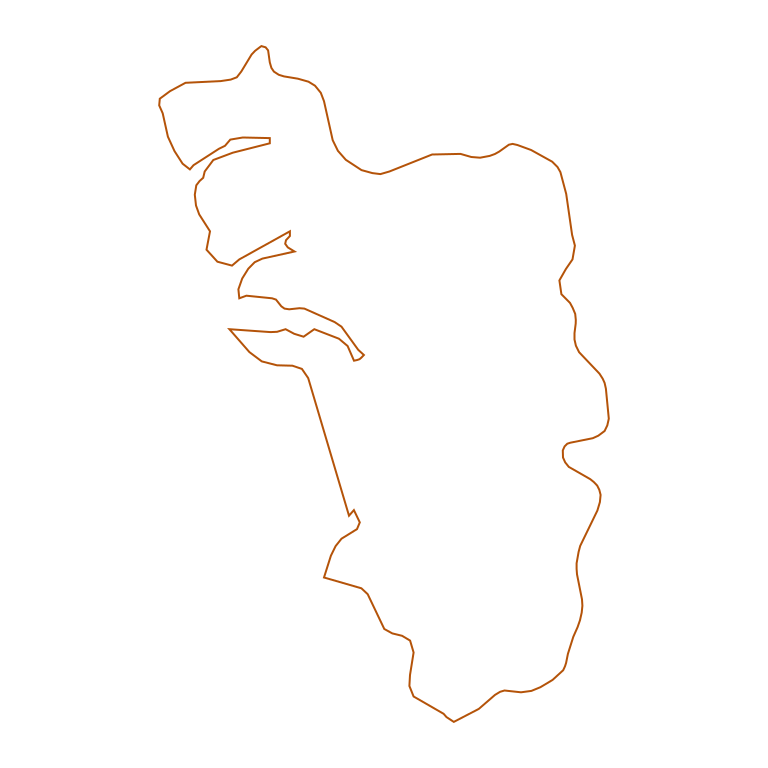 outline of Goa
{"feature_id": "IND-3265", "entity_name": "Goa", "entity_type": "State", "adm_level": 1, "iso_a3": "IND", "parent_name": "India", "parent_adm1": "", "projection": "albers", "projection_center": [74.008, 15.335], "detail": "fine", "context": "isolated", "style": "outline", "palette": "amber", "viewbox_px": 768, "rotation_deg": 0, "n_neighbors": 0, "source": "natural_earth", "source_scale": "10m", "svg_char_len": 2470}
<svg xmlns="http://www.w3.org/2000/svg" viewBox="0 0 768 768"><path d="M453.8,721.9L446.5,717.1L443.6,713.8L413.6,696.5L409.4,686.0L410.0,675.0L413.6,652.5L410.1,640.6L402.1,635.8L392.3,633.4L384.3,629.0L367.7,594.2L361.4,588.3L324.0,577.5L330.9,555.7L335.6,546.1L341.5,538.7L357.0,529.1L359.8,522.4L353.9,510.1L349.0,515.7L308.2,378.1L301.9,368.9L292.4,365.7L277.0,365.3L261.8,361.4L249.4,352.1L229.4,329.2L270.5,332.1L277.1,331.8L285.6,329.2L294.2,333.8L303.6,336.7L314.3,329.2L338.9,338.7L347.6,346.0L354.0,360.7L357.2,360.0L359.5,359.2L361.3,357.7L363.9,355.0L358.2,349.8L341.5,326.7L334.7,322.1L304.4,308.6L299.5,308.2L289.2,309.3L284.5,308.6L281.3,306.3L276.0,299.6L272.1,298.3L246.4,295.7L239.3,298.3L238.4,289.3L242.2,278.5L248.3,268.7L254.7,262.2L262.4,258.6L294.5,251.5L287.8,247.4L285.2,243.8L286.0,240.2L289.9,236.0L289.9,231.3L239.3,259.4L232.0,265.6L217.4,261.7L206.5,249.7L210.0,231.3L199.2,214.4L196.0,205.5L194.8,194.7L196.3,185.3L199.6,181.0L203.2,177.8L204.7,171.5L213.3,160.0L232.8,152.7L269.8,143.3L269.8,138.1L242.8,137.5L230.3,139.6L225.0,145.8L218.9,148.8L193.5,165.2L189.9,169.4L182.6,163.7L174.5,151.1L167.9,136.7L162.7,113.3L159.2,105.4L159.8,98.7L170.1,91.1L185.5,82.8L220.6,81.1L230.7,79.6L236.8,77.3L241.3,71.5L251.6,54.5L255.1,50.8L261.3,46.1L265.6,47.3L268.1,50.4L269.8,62.4L271.4,67.9L273.9,71.6L278.8,74.8L284.0,76.4L297.9,78.7L308.5,81.7L315.0,85.7L320.8,92.8L324.0,101.2L332.7,140.2L337.9,150.8L345.8,159.8L361.5,170.1L372.4,173.1L380.4,174.1L389.4,171.5L432.1,154.5L460.5,153.9L471.3,157.0L480.1,157.7L489.7,155.9L494.9,154.0L499.2,151.6L508.9,144.7L512.6,143.9L517.4,145.0L531.1,150.0L552.2,161.7L557.5,167.0L560.4,172.1L566.2,193.9L572.1,234.9L574.9,245.6L572.5,259.4L565.9,269.0L559.4,280.4L561.4,294.2L570.0,302.9L572.7,307.9L575.2,313.9L575.8,319.9L575.7,323.6L574.5,333.1L574.5,339.5L575.9,345.7L579.1,352.2L599.5,373.7L602.7,378.7L604.6,382.9L605.9,388.7L608.8,418.7L607.3,425.4L604.6,431.0L598.3,435.7L592.8,438.2L570.4,442.7L567.3,443.7L564.6,446.4L562.8,450.4L563.0,457.5L565.2,462.4L568.8,466.9L590.3,479.2L593.9,482.1L597.2,485.6L599.3,489.8L600.6,494.9L599.9,502.1L597.4,510.5L580.2,545.9L578.6,551.9L576.6,563.3L576.6,568.9L577.0,574.3L582.0,599.4L582.4,605.8L581.7,612.6L580.0,620.2L577.6,627.1L573.3,636.8L567.9,653.9L566.1,662.9L565.0,666.3L563.2,670.2L552.6,679.9L540.4,687.2L531.4,690.9L521.0,692.3L504.5,690.5L500.1,691.8L495.0,694.9L478.8,708.9L453.8,721.9Z" fill="none" stroke="#b45309" stroke-width="2"/></svg>